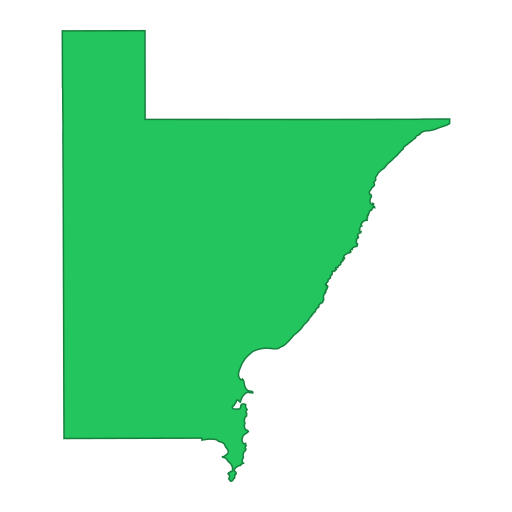 Tumby Bay, South Australia, Australia
{"feature_id": "25037944B80191544000233", "entity_name": "Tumby Bay", "entity_type": "district", "adm_level": 2, "iso_a3": "AUS", "parent_name": "Australia", "parent_adm1": "South Australia", "projection": "albers", "projection_center": [136.189, -34.197], "detail": "fine", "context": "isolated", "style": "filled", "palette": "green", "viewbox_px": 512, "rotation_deg": 0, "n_neighbors": 0, "source": "geoboundaries", "source_scale": "gbopen_adm2", "svg_char_len": 6095}
<svg xmlns="http://www.w3.org/2000/svg" viewBox="0 0 512 512"><path d="M145.0,30.7L62.3,30.9L62.5,87.6L62.7,89.0L62.8,107.7L63.0,127.4L62.9,135.1L63.2,187.4L64.0,438.5L201.9,438.1L201.9,440.1L207.8,439.2L210.4,439.1L213.4,439.2L216.1,439.6L217.4,440.3L218.5,441.3L222.1,442.4L224.3,443.9L225.6,447.0L227.2,448.9L228.1,450.8L228.2,452.1L228.2,452.7L227.8,453.3L226.3,454.9L225.6,455.1L224.2,456.5L222.6,456.6L222.4,456.8L222.9,457.4L224.5,457.7L225.8,458.4L227.1,459.7L227.9,461.1L230.8,463.8L232.1,466.3L232.6,468.7L232.5,470.1L232.3,470.8L231.7,471.3L230.5,471.6L229.7,472.4L228.8,472.6L228.5,473.3L228.0,473.7L229.2,474.9L229.4,475.6L229.4,477.3L229.1,477.9L228.8,479.0L229.2,479.3L230.1,480.7L230.5,480.8L230.8,481.3L231.4,481.1L232.6,480.6L232.6,480.2L233.0,479.7L233.4,478.8L234.5,478.3L234.7,477.3L234.6,476.5L234.9,475.9L234.7,475.4L236.1,473.9L236.2,473.2L235.9,472.3L235.3,471.7L234.7,471.5L234.4,471.1L234.4,469.6L234.8,468.8L236.5,467.0L239.3,465.6L240.5,465.4L240.8,464.8L241.3,464.6L241.6,464.0L243.5,463.1L242.5,462.2L242.2,461.5L242.2,460.7L242.6,459.0L243.4,457.6L243.1,455.6L243.2,454.0L243.7,452.6L244.3,451.4L245.1,451.0L245.9,449.6L246.0,449.0L245.3,448.5L245.2,447.4L245.4,446.5L246.0,446.1L246.2,445.8L245.7,445.4L245.5,444.8L245.8,443.8L245.6,443.4L243.9,443.8L243.3,443.4L242.6,442.5L242.0,440.4L242.1,438.8L243.1,435.7L245.6,433.6L246.7,433.1L248.4,431.6L248.3,431.1L247.4,430.7L247.0,430.0L246.2,430.0L245.3,429.3L244.6,427.6L244.3,426.2L244.6,424.2L244.9,423.6L244.9,422.8L244.3,420.9L244.5,419.6L244.5,418.5L245.3,417.1L246.6,416.0L246.6,415.1L246.5,414.3L246.8,413.4L245.7,412.1L246.1,410.9L247.2,409.7L245.6,407.2L245.5,406.0L245.8,404.9L245.7,404.5L244.0,404.0L242.8,403.9L241.9,404.1L240.9,405.3L240.7,406.1L240.8,407.0L240.6,407.7L240.0,408.2L239.8,408.7L239.2,409.0L234.2,409.1L232.9,408.5L232.6,408.1L232.3,407.0L233.3,405.8L234.1,405.4L234.4,404.6L235.7,402.8L236.2,401.6L236.3,400.9L236.8,400.1L237.3,400.0L238.6,400.8L238.6,400.5L238.0,399.6L239.7,401.9L240.3,402.2L241.8,397.9L242.8,396.1L244.3,394.4L245.5,393.3L247.2,392.4L248.5,392.2L248.9,392.3L249.3,392.7L250.2,392.8L251.9,392.5L252.7,393.0L252.9,392.4L252.8,392.1L252.2,391.5L248.2,390.7L246.3,389.2L245.1,387.0L244.7,385.9L243.6,380.6L242.5,379.0L241.4,379.9L240.8,379.7L239.6,378.3L238.7,376.5L238.5,374.6L238.7,372.4L239.5,369.7L242.3,363.0L245.6,358.1L247.2,356.4L252.0,352.1L253.4,351.2L254.8,350.6L257.4,349.6L261.6,348.6L264.2,348.3L266.9,348.1L270.9,348.5L271.2,348.4L273.2,348.8L277.0,348.8L278.8,348.2L279.7,347.5L283.8,345.5L285.6,344.1L289.0,340.8L293.8,335.2L297.8,332.0L301.0,328.8L304.3,324.3L306.4,322.5L307.4,321.1L308.4,320.3L308.7,319.2L309.4,318.6L309.9,317.5L311.8,315.7L311.6,315.1L311.9,314.6L312.9,314.1L313.1,313.4L313.6,313.1L314.1,312.3L315.0,312.0L315.7,310.4L315.8,309.4L315.9,309.1L316.6,308.9L317.4,307.5L318.1,307.5L318.8,306.9L318.9,306.2L318.4,305.6L318.9,304.9L319.9,304.1L320.5,303.2L322.3,302.8L322.9,301.8L322.8,300.9L323.2,300.7L323.5,300.3L323.5,299.8L323.8,299.1L323.5,298.0L323.4,296.3L324.2,294.0L325.0,293.4L324.7,293.0L325.4,292.5L325.6,292.0L326.0,291.6L326.0,291.4L325.4,291.0L325.7,290.6L325.6,290.2L326.1,289.7L326.6,289.5L327.1,288.9L326.8,288.0L327.5,287.4L327.8,286.3L327.6,285.9L327.3,285.7L327.0,285.9L326.2,285.8L325.8,285.2L325.5,284.1L326.1,283.7L326.0,284.9L326.3,285.5L326.2,284.3L326.7,282.8L328.2,281.0L328.0,279.8L328.7,279.0L329.3,279.0L329.7,278.4L330.3,278.1L330.2,277.4L330.6,276.8L330.6,275.5L331.5,275.1L331.8,274.6L332.1,274.5L332.0,273.6L332.4,272.7L332.1,272.2L332.3,271.4L333.2,270.9L333.7,271.0L334.2,271.4L334.7,271.2L335.4,270.1L336.1,269.8L336.4,269.3L336.1,268.8L335.8,269.0L335.4,268.5L335.4,267.9L335.6,267.5L336.1,267.3L337.1,267.7L337.6,267.6L338.0,267.0L338.0,266.4L338.4,266.1L338.5,265.6L338.9,265.3L339.9,265.1L340.7,264.2L340.7,262.4L341.4,262.2L341.4,261.5L342.3,261.4L343.0,260.7L343.1,260.2L342.7,259.1L342.9,258.6L343.4,258.5L343.9,259.0L344.3,258.9L344.2,258.2L344.5,258.0L344.3,257.4L343.8,257.3L343.5,256.8L344.3,255.3L347.4,253.3L348.2,253.0L348.6,252.6L349.2,252.9L349.7,252.8L350.0,252.4L350.7,252.2L350.9,251.8L350.3,251.2L350.2,250.5L350.8,249.6L351.5,249.3L351.8,249.6L352.2,249.6L352.4,249.3L352.1,248.6L352.8,247.8L354.6,246.7L355.6,246.7L356.3,246.3L356.8,246.4L357.2,245.9L356.9,245.5L357.4,244.8L357.6,244.0L357.4,243.8L357.1,243.8L357.0,243.4L356.3,243.1L356.4,242.0L356.2,241.6L356.6,240.2L356.3,239.6L356.6,239.0L357.7,238.4L357.8,237.6L358.4,237.5L358.3,237.0L357.9,237.2L357.5,237.0L357.6,236.3L357.8,235.4L357.7,234.5L359.6,232.9L360.7,232.8L361.0,231.5L360.3,231.6L359.9,231.4L359.5,230.8L359.5,230.2L359.9,229.4L359.6,228.4L359.9,227.6L361.1,226.1L361.9,225.9L361.6,225.2L361.1,225.0L361.0,224.2L362.8,221.9L363.7,221.2L365.6,220.3L366.4,220.4L367.2,220.3L367.2,219.9L366.7,219.5L366.7,219.0L367.1,218.0L367.6,217.8L367.4,216.8L367.6,216.2L367.3,215.8L368.5,214.9L368.4,213.5L369.0,213.2L369.1,212.7L369.0,212.2L369.8,211.2L369.9,210.7L370.3,210.3L371.0,210.4L371.5,210.2L372.0,209.2L371.9,208.4L372.5,208.1L373.2,207.5L374.7,207.7L374.4,206.5L373.4,206.3L373.2,206.0L373.2,205.1L373.7,204.0L373.4,203.6L373.1,203.5L373.3,203.8L373.2,203.9L371.8,204.5L370.9,203.9L370.0,202.4L370.0,200.1L370.7,198.0L371.4,196.9L371.2,196.3L371.4,196.1L371.4,195.6L370.9,194.5L369.8,194.4L369.5,193.9L369.3,192.6L369.8,190.9L371.0,189.5L371.5,188.2L374.3,185.6L374.5,184.1L373.8,183.6L373.7,182.9L373.9,182.7L373.9,182.2L375.3,180.7L375.8,179.7L375.7,178.8L375.4,178.3L375.7,177.0L377.3,174.8L378.2,173.0L381.1,170.2L384.3,168.0L386.7,164.9L387.9,163.6L392.3,159.8L393.5,158.4L397.4,155.0L397.6,154.5L398.4,153.8L398.9,153.0L400.1,152.0L401.3,150.5L402.9,149.3L403.4,148.5L403.4,147.8L404.1,146.7L405.2,146.0L405.7,145.4L407.9,144.1L408.1,143.4L409.7,142.6L410.6,141.6L411.9,140.9L413.3,139.3L415.0,138.4L415.7,137.6L416.0,136.5L416.6,135.8L418.3,135.2L420.4,133.8L420.9,132.7L423.8,131.3L425.4,130.9L429.1,130.7L432.8,130.0L435.8,129.1L438.8,127.8L446.3,125.3L449.6,123.6L449.7,119.0L422.1,119.1L421.7,119.3L312.3,119.5L145.1,119.4L145.0,30.7Z" fill="#22c55e" stroke="#15803d" stroke-width="1.5"/></svg>